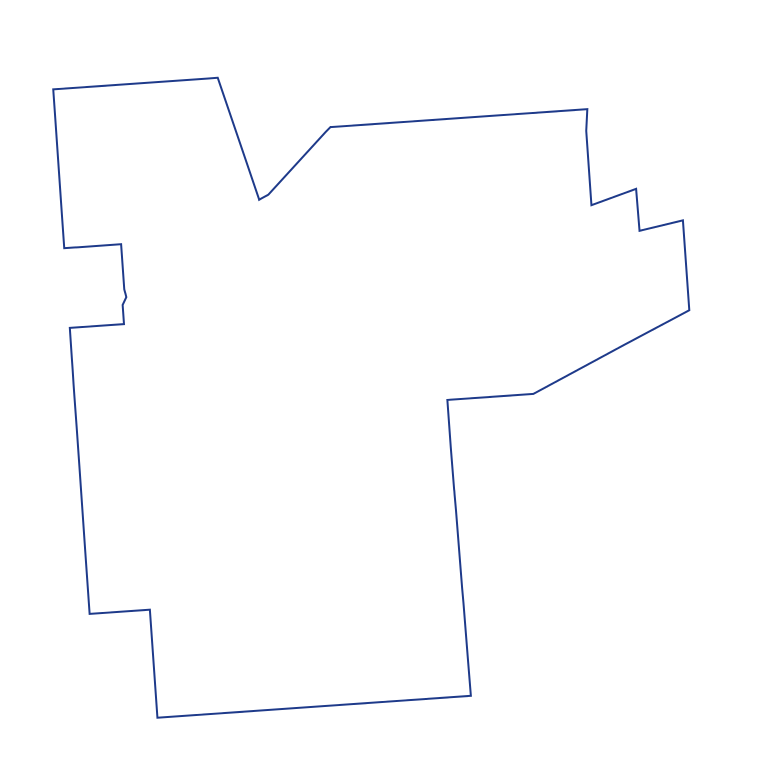 the district of Alice Springs, Northern Territory, Australia, rotated 176°
{"feature_id": "25037944B49978280072491", "entity_name": "Alice Springs", "entity_type": "district", "adm_level": 2, "iso_a3": "AUS", "parent_name": "Australia", "parent_adm1": "Northern Territory", "projection": "albers", "projection_center": [133.854, -23.731], "detail": "fine", "context": "isolated", "style": "outline", "palette": "blue", "viewbox_px": 768, "rotation_deg": 176, "n_neighbors": 0, "source": "geoboundaries", "source_scale": "gbopen_adm2", "svg_char_len": 1135}
<svg xmlns="http://www.w3.org/2000/svg" viewBox="0 0 768 768"><g transform="rotate(176 384 384)"><path d="M321.3,272.4L321.4,273.7L321.8,315.8L321.9,363.7L251.3,363.7L235.7,363.7L150.7,402.2L141.4,406.4L134.4,409.5L126.6,413.0L124.8,413.8L74.3,436.3L74.4,526.4L118.4,519.0L118.6,535.6L118.9,561.1L164.6,547.9L164.6,578.8L164.6,617.1L164.6,622.4L162.0,644.0L250.8,644.0L297.2,644.0L359.8,644.0L418.6,644.0L419.4,644.1L424.6,639.5L486.2,580.9L492.8,577.9L495.7,576.5L495.8,577.2L506.8,619.0L513.4,644.0L528.5,701.1L538.8,701.0L540.0,701.0L575.5,701.0L623.9,701.0L693.4,701.0L693.4,674.8L693.5,575.7L693.5,541.8L683.2,541.8L680.1,541.7L636.5,541.8L636.5,523.6L636.5,496.6L636.1,494.4L635.6,492.1L635.0,488.6L639.2,481.1L639.2,461.9L693.5,461.9L693.6,432.7L693.6,419.3L693.7,405.7L693.7,393.9L693.6,361.6L693.6,320.0L693.7,239.1L693.7,175.2L633.3,175.2L633.3,66.9L597.0,66.9L529.5,66.9L512.6,66.9L504.3,66.9L486.2,66.9L484.7,66.9L482.7,66.9L482.4,66.9L478.9,66.9L477.2,66.9L411.7,66.9L319.1,66.9L319.5,105.0L320.0,160.0L320.3,175.2L321.0,253.2L321.3,268.9L321.3,271.3L321.3,272.4Z" fill="none" stroke="#1e3a8a" stroke-width="2"/></g></svg>